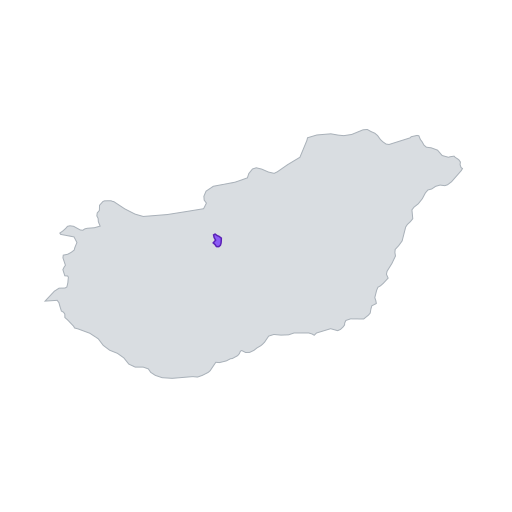 Érd on a map of Hungary (Equal Earth projection), rotated 354°
{"feature_id": "HUN-4907", "entity_name": "Érd", "entity_type": "Urban county", "adm_level": 1, "iso_a3": "HUN", "parent_name": "Hungary", "parent_adm1": "", "projection": "equal_earth", "projection_center": [18.891, 47.383], "detail": "fine", "context": "in_parent", "style": "filled", "palette": "violet", "viewbox_px": 512, "rotation_deg": 354, "n_neighbors": 0, "source": "natural_earth", "source_scale": "10m", "svg_char_len": 2945}
<svg xmlns="http://www.w3.org/2000/svg" viewBox="0 0 512 512"><g transform="rotate(354 256 256)"><path d="M422.8,153.6L428.8,152.9L429.1,153.1L430.5,153.4L431.6,157.2L431.7,157.4L433.2,159.9L434.6,163.2L436.8,165.6L441.5,166.7L447.6,169.7L451.6,175.5L457.6,177.9L458.0,177.9L459.2,177.6L463.4,177.4L464.3,178.6L467.7,181.4L469.1,183.9L468.5,186.5L469.2,189.5L470.5,190.6L469.0,192.6L458.2,202.6L453.9,205.2L451.1,205.8L446.5,204.7L441.9,205.5L437.8,207.7L433.9,208.3L431.1,210.9L427.4,216.4L422.9,221.0L418.3,223.9L415.9,226.4L415.8,235.3L413.2,237.9L409.8,240.5L407.9,242.8L402.9,256.3L398.9,260.7L395.1,264.0L394.5,267.1L394.7,270.6L390.4,277.6L384.8,284.8L383.8,287.8L385.1,291.8L379.7,296.5L376.6,298.7L374.0,299.8L372.4,302.7L369.8,309.8L370.5,312.9L370.7,315.8L366.0,317.6L364.7,320.8L363.6,324.7L361.7,326.5L356.5,329.9L343.5,328.4L338.6,329.5L337.2,331.9L336.9,333.8L335.3,335.6L332.4,337.8L329.4,338.8L322.6,336.1L308.1,338.9L305.6,340.9L303.6,339.4L300.5,338.1L285.9,336.5L280.2,337.8L272.6,337.3L265.5,335.9L260.2,337.0L255.5,342.6L253.2,344.5L251.4,345.7L247.4,347.5L244.1,349.6L239.6,351.2L235.6,350.9L231.9,348.5L230.5,349.1L229.3,351.3L227.3,353.2L221.7,355.5L220.2,355.5L219.9,355.5L215.6,357.2L208.5,358.2L204.9,357.5L198.4,365.3L196.4,366.7L190.2,369.1L185.2,370.3L180.8,369.4L179.1,369.3L159.9,368.9L149.9,367.2L143.4,364.2L139.2,360.8L137.1,357.0L132.2,354.7L124.3,353.9L118.2,350.2L113.9,343.5L108.0,338.3L100.6,334.4L94.7,328.9L90.5,321.9L82.7,315.5L71.4,309.9L68.0,308.6L67.3,306.8L61.9,299.8L59.5,297.2L59.8,293.8L58.7,291.8L56.7,290.4L55.7,285.4L55.1,281.7L53.6,279.3L41.5,278.8L51.8,269.9L56.8,267.4L62.7,267.9L64.6,267.1L65.1,265.8L66.1,262.9L66.6,260.2L67.2,257.6L66.6,256.2L63.8,255.7L62.5,249.4L64.0,247.0L65.5,245.3L63.8,237.6L64.4,235.0L68.9,234.6L72.7,233.0L75.8,231.1L76.7,228.7L79.3,223.9L77.0,218.0L64.0,214.1L63.3,212.7L66.4,211.0L69.7,208.6L71.6,206.8L74.1,206.5L77.7,207.4L83.9,211.7L86.4,212.3L88.7,211.1L91.2,210.8L98.2,211.0L104.1,210.0L102.8,205.4L102.9,202.1L101.9,199.5L102.6,196.6L105.0,194.3L105.7,189.2L109.5,185.8L111.2,185.3L117.6,185.9L119.2,186.8L120.2,187.0L130.4,195.4L140.1,201.7L148.0,204.9L159.8,205.2L172.3,205.5L193.1,204.4L208.8,203.5L209.8,202.0L212.2,198.2L210.3,195.0L210.4,191.2L213.1,186.3L220.8,182.2L242.9,180.4L255.6,177.4L257.5,173.2L261.6,169.1L265.5,168.3L270.8,170.2L277.1,173.8L282.7,175.7L286.0,174.5L297.1,168.4L310.0,162.4L318.7,146.4L319.6,143.8L329.2,142.0L343.2,142.3L350.5,144.4L355.9,145.5L364.0,145.1L375.6,141.7L379.9,141.8L383.3,144.2L387.0,146.3L389.5,148.9L391.5,152.5L392.5,153.9L394.2,155.8L397.1,158.3L400.0,159.0L421.6,154.6L422.8,153.6Z" fill="#d9dde1" stroke="#a8b0b8" stroke-width="1"/><path d="M223.4,234.6L223.0,237.5L222.6,239.5L221.7,241.6L220.0,242.8L217.9,242.6L217.1,241.7L216.6,240.5L214.8,238.5L217.5,236.0L216.3,233.3L216.0,230.6L217.6,229.9L219.3,231.5L221.4,232.7L223.4,234.6Z" fill="#8b5cf6" stroke="#5b21b6" stroke-width="1.5"/></g></svg>